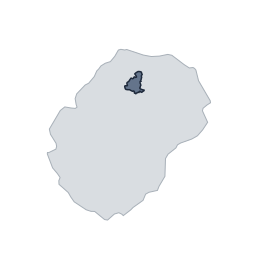 Probištip on a map of North Macedonia (Mercator projection), rotated 326°
{"feature_id": "MKD-2904", "entity_name": "Probištip", "entity_type": "Statistical Region", "adm_level": 1, "iso_a3": "MKD", "parent_name": "North Macedonia", "parent_adm1": "", "projection": "mercator", "projection_center": [22.168, 41.948], "detail": "fine", "context": "in_parent", "style": "filled", "palette": "slate", "viewbox_px": 256, "rotation_deg": 326, "n_neighbors": 0, "source": "natural_earth", "source_scale": "10m", "svg_char_len": 2402}
<svg xmlns="http://www.w3.org/2000/svg" viewBox="0 0 256 256"><g transform="rotate(326 128 128)"><path d="M116.6,68.4L120.4,68.9L128.8,66.5L134.1,63.2L136.7,62.7L140.3,61.4L145.4,61.6L150.5,63.1L157.1,61.2L163.6,58.0L166.1,58.8L168.9,61.5L170.8,62.2L181.5,76.1L187.3,81.8L194.3,86.0L202.1,89.2L205.0,92.2L210.0,106.9L212.4,112.5L215.7,114.2L216.5,115.8L216.7,117.9L212.9,128.3L211.4,151.4L210.5,153.2L206.5,153.1L201.3,153.6L199.3,155.4L197.2,167.8L188.8,171.3L181.2,173.3L174.7,172.8L163.4,169.9L159.7,169.6L156.6,171.3L146.5,172.1L142.0,174.3L131.6,188.7L121.1,193.7L117.5,196.2L109.4,193.0L105.6,192.7L100.0,196.4L87.8,196.7L84.5,197.4L75.1,198.0L74.7,196.0L73.0,193.1L68.6,191.7L59.6,192.9L57.4,190.8L53.7,178.5L50.8,176.5L47.6,172.4L42.1,159.1L42.0,153.2L42.4,148.1L39.3,136.1L41.2,133.0L44.0,131.1L44.0,126.3L43.2,118.9L46.6,104.4L47.5,103.3L48.3,104.0L56.4,105.2L58.5,103.4L59.8,100.5L60.2,89.9L62.2,84.9L81.7,75.6L87.4,75.2L91.9,79.5L95.3,82.3L97.4,82.2L98.2,79.4L100.6,74.1L104.6,71.0L116.5,68.4L116.6,68.4Z" fill="#d9dde1" stroke="#a8b0b8" stroke-width="1"/><path d="M164.7,96.4L164.4,96.2L164.1,96.2L163.7,96.6L163.1,97.6L163.0,98.4L162.8,99.1L162.5,99.8L161.8,100.1L161.4,100.5L160.8,101.1L160.5,101.1L160.2,101.3L160.0,101.7L160.1,102.4L160.9,103.7L162.5,105.6L162.2,106.0L161.5,106.0L160.5,106.0L159.7,106.1L159.0,105.8L158.7,105.0L158.7,104.6L158.5,104.2L158.1,104.1L157.3,104.5L157.1,104.6L156.9,104.2L156.6,104.0L156.2,104.2L155.6,104.1L155.2,103.9L154.6,103.8L154.1,103.8L153.8,103.9L153.8,103.7L153.3,103.2L153.1,103.0L152.9,102.6L152.9,102.4L153.3,102.2L153.5,101.6L153.5,100.9L153.5,100.6L153.2,100.4L152.5,100.2L152.1,99.8L151.3,98.4L150.7,97.1L150.0,96.7L148.8,95.8L147.9,94.9L147.7,94.2L147.9,93.2L148.2,92.4L148.6,91.6L148.9,91.4L149.1,91.4L149.6,91.6L150.2,92.0L150.7,92.4L151.0,92.5L151.3,92.4L151.5,92.1L151.6,91.4L151.9,90.6L152.4,90.0L152.8,89.8L153.4,89.8L154.2,89.8L155.1,89.7L155.8,89.3L157.5,88.7L158.2,88.4L158.9,88.8L159.2,89.5L159.6,89.8L160.4,89.8L160.8,89.7L161.1,89.3L161.5,89.2L161.8,89.2L162.2,89.6L162.6,90.3L163.1,90.5L163.5,90.5L163.9,89.8L163.9,88.6L163.9,87.0L164.2,86.8L164.6,86.8L165.5,86.7L166.6,86.7L167.9,86.8L168.7,87.3L169.7,88.2L170.3,89.1L170.2,89.5L169.9,90.4L169.7,91.5L169.4,91.6L168.9,91.9L168.3,92.2L167.9,92.9L167.6,93.7L166.6,94.5L165.7,95.4L165.0,95.9L164.7,96.3L164.7,96.4Z" fill="#64748b" stroke="#1e293b" stroke-width="1.5"/></g></svg>